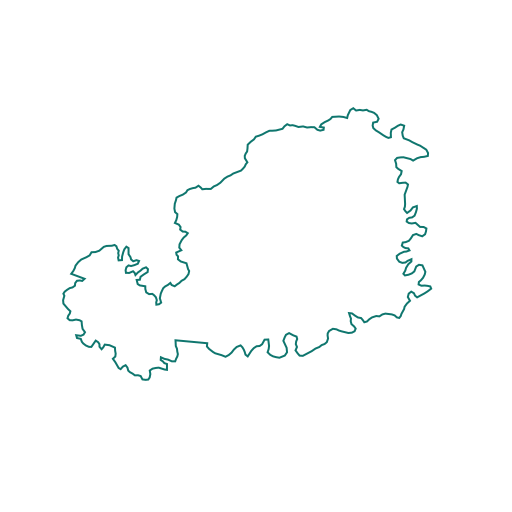 Curitibanos, Santa Catarina, Brazil, rotated 248°
{"feature_id": "56859067B5132572853524", "entity_name": "Curitibanos", "entity_type": "district", "adm_level": 2, "iso_a3": "BRA", "parent_name": "Brazil", "parent_adm1": "Santa Catarina", "projection": "natural_earth1", "projection_center": [-50.624, -27.278], "detail": "fine", "context": "isolated", "style": "outline", "palette": "teal", "viewbox_px": 512, "rotation_deg": 248, "n_neighbors": 0, "source": "geoboundaries", "source_scale": "gbopen_adm2", "svg_char_len": 6099}
<svg xmlns="http://www.w3.org/2000/svg" viewBox="0 0 512 512"><g transform="rotate(248 256 256)"><path d="M156.8,382.0L161.1,381.4L163.9,383.5L164.8,386.6L162.3,388.5L159.7,388.6L157.3,389.9L158.2,398.0L158.9,401.8L160.1,406.2L162.5,406.2L164.1,403.8L165.4,401.4L166.5,398.2L168.7,396.1L170.9,397.3L171.7,399.8L173.2,402.7L175.6,405.5L177.9,407.1L185.0,406.8L186.8,403.8L186.2,400.6L182.4,397.0L181.5,394.0L181.5,390.4L182.2,386.8L184.3,386.0L186.5,388.9L188.8,390.7L191.3,394.1L192.7,398.0L194.8,398.9L194.7,394.8L194.0,392.2L194.8,389.1L197.0,386.7L200.8,385.7L203.3,386.5L204.3,390.1L204.5,394.8L203.8,397.1L203.7,400.4L206.0,400.1L207.4,397.5L209.1,396.0L211.0,395.1L213.5,397.1L212.8,400.0L212.8,403.4L214.2,406.0L216.6,409.4L216.4,412.9L214.3,414.8L212.0,417.5L212.8,420.9L215.1,422.8L217.7,424.3L220.1,422.3L221.5,419.0L227.0,416.3L227.8,412.6L229.3,410.1L231.5,408.6L233.4,409.7L234.0,412.4L233.3,415.2L234.0,418.1L236.6,420.6L239.6,422.9L242.1,423.8L242.3,419.7L240.3,416.3L239.3,412.2L241.6,411.3L244.0,410.8L245.9,412.5L248.3,413.7L257.2,416.8L263.4,422.4L265.4,423.7L268.0,422.2L269.0,419.2L269.8,416.0L271.7,414.9L273.9,416.3L275.7,418.2L277.5,421.1L280.2,422.9L283.5,420.5L285.8,419.4L289.0,420.5L292.8,420.8L294.1,423.6L293.3,426.9L292.3,429.7L288.0,435.6L285.6,437.4L286.3,442.0L286.0,445.7L285.0,449.0L284.4,452.8L287.0,454.1L290.8,453.7L296.9,449.4L298.7,447.5L303.1,443.5L305.8,441.4L309.8,437.1L312.6,437.1L316.0,437.9L318.1,440.1L321.3,442.2L323.7,439.4L323.6,436.3L322.9,432.9L322.5,429.0L319.7,427.1L315.6,425.6L315.9,423.0L317.6,421.3L320.2,419.3L324.7,416.3L327.5,414.2L330.6,412.7L333.2,413.0L335.8,414.6L335.1,418.6L337.3,421.1L341.3,420.8L344.5,419.1L346.4,417.1L348.0,414.9L350.1,413.4L350.9,409.7L352.6,406.9L353.4,403.3L356.6,401.5L356.0,398.1L352.2,393.9L349.8,392.2L352.2,389.1L354.2,385.3L356.4,378.8L355.1,376.3L354.6,373.6L354.4,369.9L353.6,365.8L351.8,363.6L349.7,367.0L347.7,365.9L348.2,362.5L350.0,360.2L353.5,358.4L354.9,355.2L356.0,351.5L358.5,348.2L359.7,343.7L362.0,341.1L363.6,338.9L364.3,336.4L366.5,334.3L365.6,331.0L364.0,328.2L364.9,321.6L366.0,318.2L367.1,315.3L366.9,311.6L366.4,307.6L366.4,304.0L366.7,300.5L364.9,297.8L363.9,294.0L362.3,290.0L358.9,288.4L356.2,286.9L354.9,284.9L353.1,283.1L350.8,282.3L346.1,283.1L344.9,280.9L343.1,279.0L341.9,276.7L340.8,274.1L341.0,265.8L340.3,262.6L340.3,259.3L339.6,255.6L337.3,250.4L336.4,246.4L336.3,242.9L335.1,239.2L337.0,234.7L338.0,231.2L340.2,230.4L342.7,229.0L342.0,225.5L342.6,222.8L342.9,219.7L342.7,217.1L341.1,214.9L340.3,211.1L340.3,207.5L339.9,204.2L337.6,202.6L334.9,200.3L330.6,198.1L327.0,197.4L324.3,198.8L321.7,197.5L319.1,195.5L317.0,193.2L314.0,196.2L311.1,196.9L308.9,195.6L306.1,197.2L305.0,199.6L302.7,201.3L301.2,199.0L300.2,195.9L298.5,193.0L295.5,189.5L292.5,188.0L289.3,188.9L289.1,183.3L286.9,182.8L284.9,183.6L282.2,182.4L279.1,184.2L275.3,188.8L269.2,188.1L267.1,188.4L264.5,186.6L262.8,184.0L261.3,181.0L260.9,177.7L259.7,174.8L259.2,172.1L258.4,169.3L260.7,166.9L263.1,166.5L262.2,163.5L261.8,160.3L260.9,157.9L258.8,155.6L256.8,153.6L252.8,151.0L248.3,150.6L247.6,148.0L248.2,145.4L250.4,146.1L252.2,147.5L255.3,147.7L257.8,146.8L259.7,145.7L260.7,142.6L263.4,140.6L266.8,141.0L269.4,142.0L272.3,137.2L274.3,135.8L278.5,136.4L277.5,139.4L280.0,141.2L281.0,145.4L281.7,149.5L284.3,150.9L286.7,149.8L286.7,146.1L285.7,143.5L285.0,140.4L283.5,137.1L285.7,137.2L287.9,136.3L287.8,132.1L289.1,129.1L291.7,129.8L294.1,131.6L295.0,134.3L293.5,136.4L293.1,139.8L293.1,143.5L295.2,145.7L296.9,143.6L297.1,140.2L299.6,138.9L302.0,139.2L305.4,138.5L311.1,140.8L313.2,139.3L311.5,136.4L309.2,134.3L305.6,131.6L302.4,130.2L303.4,127.0L306.2,127.5L308.1,129.0L310.3,129.3L312.3,130.7L314.7,130.0L317.3,130.2L319.2,129.0L319.5,126.2L321.3,121.2L321.5,118.3L319.6,112.7L319.8,108.6L321.1,104.9L318.9,102.0L318.4,98.3L318.2,92.7L316.9,88.9L314.7,85.1L312.6,83.4L310.6,81.1L308.7,78.0L299.1,88.5L298.0,85.5L299.3,83.5L300.1,80.7L298.6,78.2L296.3,77.0L295.6,74.1L296.0,71.3L295.4,68.1L294.6,65.3L293.2,63.3L290.9,63.4L287.3,60.6L284.0,59.6L277.4,61.8L274.3,63.2L272.4,61.8L271.0,59.6L268.9,57.9L266.3,59.2L265.1,61.7L264.5,65.3L262.5,68.4L260.7,69.8L257.2,68.7L253.4,67.9L249.4,68.9L247.7,66.6L247.6,63.7L249.9,59.6L247.0,59.3L244.8,62.5L241.7,62.4L239.7,63.0L236.8,64.7L234.4,67.0L233.4,69.3L237.6,75.7L235.1,77.4L232.8,77.8L230.5,76.9L227.4,77.9L228.5,80.1L230.5,82.6L228.2,86.7L223.9,90.9L220.9,89.9L218.0,89.3L215.5,87.9L214.3,84.8L210.2,85.8L203.6,86.7L201.8,88.1L203.3,91.1L203.6,94.2L200.7,95.0L197.6,94.6L195.5,95.6L193.2,97.5L190.7,99.0L189.6,102.0L187.9,104.1L184.1,104.5L182.5,107.3L181.8,109.8L183.2,111.9L186.1,113.8L189.6,114.6L190.3,117.9L189.7,121.3L188.9,124.0L185.0,128.7L183.8,130.8L189.2,133.0L191.0,130.9L193.1,130.2L195.3,128.7L197.7,129.9L194.9,132.6L192.9,135.6L189.8,138.6L188.6,141.6L190.7,143.5L192.3,145.4L194.3,146.8L196.8,147.2L199.7,148.0L202.5,147.9L208.0,149.8L193.4,178.1L190.5,176.6L187.4,177.7L183.1,180.2L181.1,181.7L177.0,186.9L174.0,190.0L174.4,193.7L175.6,197.2L177.5,200.4L178.9,204.0L178.9,208.2L176.4,209.2L173.6,209.6L171.2,209.6L168.5,209.3L166.0,210.7L169.8,216.1L171.4,219.4L172.1,222.7L171.2,225.7L171.9,228.6L175.2,232.6L174.0,236.1L167.7,234.4L165.0,232.9L162.4,230.7L159.0,232.2L156.6,234.2L154.7,236.7L152.9,239.6L152.9,245.4L155.1,248.7L159.4,250.0L167.1,249.6L169.9,252.2L171.7,254.3L172.1,257.8L168.4,260.9L166.1,263.4L163.6,263.1L161.8,261.3L159.4,259.9L156.3,259.9L153.7,257.3L150.3,258.1L147.3,259.1L145.9,262.0L146.9,272.0L147.9,276.5L147.9,280.6L148.8,283.5L148.7,286.6L149.6,289.4L152.5,291.9L155.5,292.6L157.4,293.5L159.1,295.7L159.7,300.0L157.9,303.1L155.8,305.0L154.1,307.1L150.0,312.8L149.0,316.2L149.3,319.2L151.3,321.2L153.9,320.6L157.1,319.0L160.1,319.4L162.4,320.6L164.8,320.6L168.2,320.9L166.8,323.5L163.7,325.4L160.8,327.5L159.1,330.2L156.3,331.1L154.0,331.6L153.7,334.4L154.9,337.3L155.6,340.6L155.3,345.0L153.8,347.8L154.5,351.3L154.1,354.4L151.0,360.0L149.0,362.3L146.3,363.6L144.9,365.6L146.1,367.7L147.9,369.2L151.3,373.4L153.3,374.8L155.4,378.2L156.8,382.0Z" fill="none" stroke="#0f766e" stroke-width="2"/></g></svg>